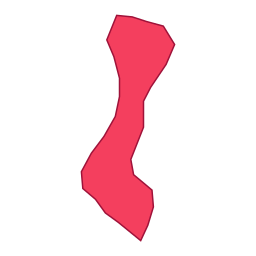 outline of Ella Keryneias, Cyprus
{"feature_id": "46923920B40684211252077", "entity_name": "Ella Keryneias", "entity_type": "district", "adm_level": 2, "iso_a3": "CYP", "parent_name": "Cyprus", "parent_adm1": "", "projection": "equal_earth", "projection_center": [33.219, 35.339], "detail": "fine", "context": "isolated", "style": "filled", "palette": "rose", "viewbox_px": 256, "rotation_deg": 0, "n_neighbors": 0, "source": "geoboundaries", "source_scale": "gbopen_adm2", "svg_char_len": 452}
<svg xmlns="http://www.w3.org/2000/svg" viewBox="0 0 256 256"><path d="M81.4,171.7L82.8,188.5L95.5,199.3L105.4,213.0L118.1,222.2L140.7,240.6L147.8,225.3L153.4,206.9L152.0,190.1L133.6,174.7L130.8,159.4L143.5,127.2L143.5,101.2L150.6,87.4L166.1,64.4L174.6,44.5L163.3,26.1L146.4,21.5L132.2,16.9L116.7,15.4L106.8,39.9L113.9,56.7L119.5,78.2L119.5,96.6L115.3,116.5L104.0,136.4L91.3,153.3L81.4,171.7Z" fill="#f43f5e" stroke="#9f1239" stroke-width="1.5"/></svg>